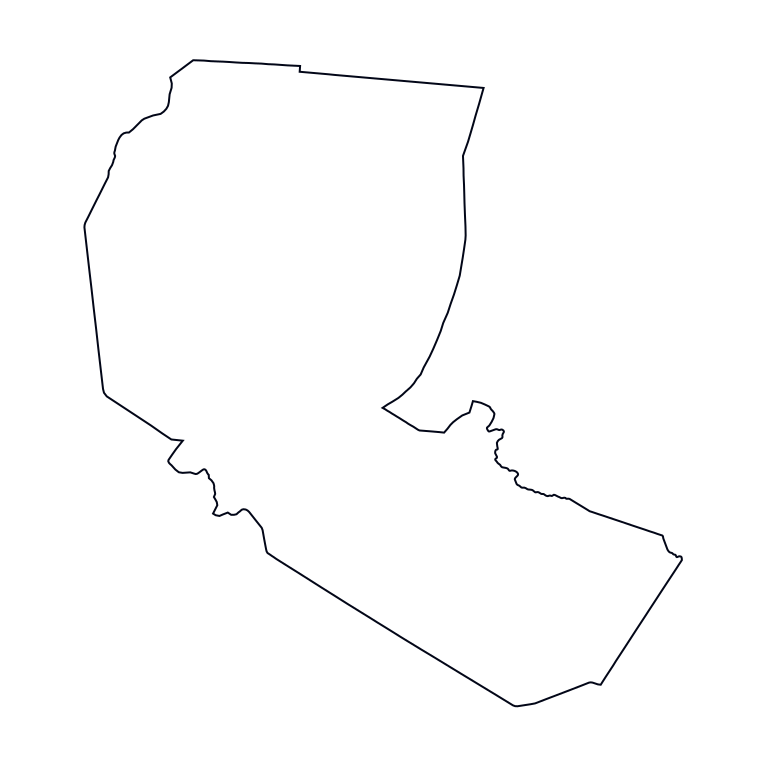 the border of Michigan, rotated 185°
{"feature_id": "USA-3562", "entity_name": "Michigan", "entity_type": "State", "adm_level": 1, "iso_a3": "USA", "parent_name": "United States of America", "parent_adm1": "", "projection": "robinson", "projection_center": [-86.829, 45.001], "detail": "fine", "context": "isolated", "style": "outline", "palette": "ink", "viewbox_px": 768, "rotation_deg": 185, "n_neighbors": 0, "source": "natural_earth", "source_scale": "10m", "svg_char_len": 6097}
<svg xmlns="http://www.w3.org/2000/svg" viewBox="0 0 768 768"><g transform="rotate(185 384 384)"><path d="M141.9,103.3L144.7,103.4L150.2,104.7L152.0,104.8L153.7,104.4L160.7,100.9L171.9,95.4L195.2,84.1L205.6,79.0L210.3,77.7L223.0,74.6L225.3,74.5L227.5,75.1L241.3,82.0L269.0,95.7L282.8,102.5L296.7,109.4L310.6,116.3L324.5,123.1L338.4,130.0L346.2,133.9L354.0,137.9L361.7,141.8L369.5,145.7L377.3,149.7L400.7,161.5L410.0,166.3L428.7,175.9L447.4,185.6L456.7,190.4L466.1,195.2L475.4,200.0L476.7,200.7L477.9,201.4L479.1,202.1L480.3,202.7L481.5,203.4L482.7,204.1L484.0,204.8L485.2,205.4L486.3,206.9L487.0,208.9L488.5,214.2L490.0,219.6L492.2,227.8L493.3,230.1L499.3,236.4L507.2,244.8L508.9,246.1L510.8,246.9L513.0,247.0L514.5,246.5L515.5,245.6L516.5,244.5L517.8,243.4L519.6,241.4L522.1,240.6L524.9,240.4L528.4,242.3L533.1,240.0L536.4,238.2L540.2,238.6L543.0,240.0L539.5,248.7L540.3,251.8L541.8,254.1L543.6,256.6L543.0,258.5L542.6,259.8L543.0,261.5L543.6,263.2L544.2,265.7L544.2,266.9L544.4,268.1L545.2,270.3L547.5,273.0L550.2,274.9L550.7,278.2L551.1,278.5L552.1,279.6L553.6,282.2L554.5,283.1L555.8,283.4L557.0,282.8L561.3,279.0L562.5,278.2L563.8,277.9L565.4,278.2L569.3,279.1L576.9,277.9L580.7,278.2L584.4,280.6L588.7,284.6L590.0,285.5L591.4,286.8L592.2,288.3L592.0,289.6L588.8,295.3L585.4,301.1L579.5,310.0L591.0,310.2L600.5,315.4L612.6,322.4L626.3,329.8L659.1,347.5L662.2,350.9L663.5,354.7L671.6,394.0L675.6,413.9L679.7,433.7L683.7,453.5L687.8,473.3L695.9,513.0L696.1,514.0L696.1,516.3L695.6,518.8L693.2,524.7L690.9,530.6L686.3,542.3L683.9,548.2L679.3,559.9L676.9,565.8L676.6,569.0L676.8,572.2L675.6,575.2L674.0,578.3L673.1,581.6L672.9,583.5L671.9,586.2L671.7,587.7L672.6,589.7L672.8,590.4L672.8,591.4L672.4,593.1L672.0,597.1L670.0,603.9L668.9,606.5L667.2,609.2L665.2,611.0L662.7,612.0L660.0,612.3L656.2,616.0L648.3,625.5L645.9,627.4L637.4,631.4L630.1,633.6L627.1,636.2L624.8,639.2L623.4,642.3L622.9,646.0L622.8,654.0L621.4,660.6L621.6,664.9L623.7,670.8L602.3,689.9L591.5,690.5L584.9,690.5L578.3,690.8L572.4,691.1L565.8,691.3L559.7,691.4L553.1,691.6L546.5,692.0L540.1,692.2L534.0,692.5L527.4,692.5L520.9,692.8L514.5,692.9L508.0,693.0L495.3,693.5L495.2,687.7L490.0,687.7L478.1,687.7L466.2,687.7L460.2,687.6L454.2,687.6L442.3,687.6L436.3,687.6L430.4,687.6L418.4,687.6L406.5,687.6L394.6,687.6L388.6,687.6L382.6,687.6L376.7,687.6L370.7,687.6L364.8,687.6L346.9,687.6L334.9,687.6L323.0,687.6L317.0,687.6L311.1,687.6L310.6,687.6L311.9,680.8L313.7,671.3L316.1,659.6L317.9,650.0L319.6,641.5L321.4,632.7L325.2,618.1L323.6,605.8L322.9,598.7L321.6,589.0L320.6,580.4L319.6,571.5L318.1,559.6L316.6,548.3L315.6,539.1L315.5,534.8L316.0,525.9L316.6,516.5L317.5,505.0L318.0,498.5L320.1,488.3L322.1,479.2L324.6,469.6L326.7,460.5L330.3,450.0L332.1,441.8L335.0,432.4L338.0,423.3L340.9,415.3L345.9,403.9L348.3,396.7L351.7,392.1L354.2,387.3L357.4,382.9L361.8,378.3L364.7,375.0L368.4,371.4L374.1,367.1L378.5,364.0L383.3,360.1L380.6,358.9L378.2,357.6L376.0,356.6L373.6,355.3L370.9,354.0L368.6,352.8L366.1,351.6L361.3,349.1L358.8,347.9L356.4,346.5L353.9,345.3L351.0,344.0L346.2,341.4L344.6,340.8L332.7,340.9L324.4,340.9L319.9,340.8L316.9,344.9L314.3,349.0L311.8,352.0L308.4,355.2L303.3,359.5L296.4,363.0L294.9,369.7L293.9,374.7L289.9,374.3L285.8,373.7L281.8,372.4L277.5,370.8L276.2,369.9L276.1,369.5L275.7,368.8L274.9,367.9L273.1,366.3L272.0,365.0L271.5,364.2L271.4,363.5L271.8,360.5L272.0,359.4L273.5,355.6L275.4,351.9L276.1,351.1L277.2,350.0L277.6,349.4L277.6,348.9L277.5,348.4L277.0,347.6L276.4,346.7L275.9,346.2L275.5,345.9L275.0,345.9L274.5,346.0L268.9,348.6L268.4,348.7L267.8,348.8L267.2,348.7L265.5,348.2L264.9,348.2L264.4,348.4L263.5,348.8L262.9,348.9L262.2,348.8L261.0,348.1L260.6,347.5L260.4,346.9L260.5,346.4L261.4,344.4L261.5,343.8L261.6,343.0L261.4,341.9L261.4,341.1L261.7,340.5L262.0,340.2L264.5,338.5L264.8,338.2L265.1,337.8L265.7,337.0L266.1,336.0L266.3,335.5L266.4,335.2L266.3,334.6L265.7,331.7L265.1,329.8L265.1,329.0L265.5,328.6L266.0,328.5L266.5,328.3L266.8,328.0L267.1,327.4L267.3,326.6L267.3,325.4L267.2,324.7L266.9,324.2L265.7,322.3L265.1,321.3L265.1,320.6L265.3,320.1L266.1,319.5L266.4,319.2L266.6,318.7L266.6,318.4L266.5,318.1L266.1,317.6L265.0,316.6L264.1,315.5L263.4,314.9L261.6,313.8L261.2,313.5L260.3,312.3L260.0,312.0L259.6,311.7L259.1,311.4L258.5,311.3L255.2,311.0L254.0,310.7L253.5,310.5L253.1,310.2L252.8,309.9L251.9,308.8L251.7,308.7L251.3,308.5L250.9,308.5L249.4,309.0L248.2,309.1L247.5,309.0L246.3,308.8L245.2,308.4L244.1,307.8L243.5,307.3L242.8,306.4L242.6,305.8L242.6,305.2L242.8,304.7L243.1,304.2L244.7,302.3L245.0,301.8L245.3,301.3L245.4,300.5L245.1,299.8L243.2,296.0L242.6,295.4L241.9,295.0L240.7,294.6L240.2,294.4L238.3,293.0L237.7,292.8L237.2,292.8L236.0,292.9L235.4,293.0L234.8,292.9L233.5,292.5L232.2,291.8L231.6,291.6L231.0,291.5L228.4,291.5L227.1,291.3L226.6,291.1L224.7,289.8L224.1,289.4L223.4,289.3L221.9,289.7L221.2,289.7L220.5,289.6L217.9,288.3L217.4,288.2L216.8,288.2L216.3,288.3L215.7,288.3L215.0,288.1L213.7,287.3L212.9,286.9L212.2,286.7L211.6,286.6L211.0,286.6L210.5,286.8L209.6,287.2L209.0,287.3L208.4,287.3L207.9,287.2L207.3,287.1L206.8,287.2L205.2,288.4L204.6,288.4L203.7,288.2L201.1,287.1L199.5,286.6L198.3,286.1L197.5,285.8L196.8,285.8L196.3,285.9L194.7,286.4L194.1,286.4L193.3,286.3L192.8,285.8L192.2,285.6L191.7,285.6L190.6,285.8L190.1,285.8L189.1,285.7L182.9,282.6L174.0,278.2L169.6,276.0L168.1,275.2L165.4,274.6L164.6,274.4L158.9,273.0L154.5,272.0L143.3,269.3L137.0,267.8L123.9,264.6L117.6,263.1L111.7,261.7L106.5,260.4L102.0,259.4L98.6,258.5L95.6,257.8L93.5,257.3L93.1,256.9L92.8,256.4L92.3,254.5L89.2,248.0L87.2,243.8L86.3,242.6L85.4,241.7L84.6,241.2L83.9,241.0L83.2,240.9L82.3,240.7L81.7,240.3L81.0,239.6L80.3,239.4L78.8,239.2L78.4,238.7L77.7,237.4L77.2,237.1L76.7,237.2L75.4,237.9L74.8,238.1L74.2,238.1L73.3,238.0L72.8,237.7L72.5,237.3L72.2,236.4L71.9,234.6L72.6,233.2L74.8,229.2L76.9,225.2L85.5,209.3L89.8,201.3L96.2,189.3L100.5,181.3L102.6,177.3L106.9,169.3L109.1,165.2L111.3,161.1L115.7,152.8L122.3,140.4L124.5,136.3L126.7,132.2L128.9,128.1L131.0,123.9L133.2,119.8L137.6,111.6L139.8,107.4L141.9,103.3Z" fill="none" stroke="#020617" stroke-width="2"/></g></svg>